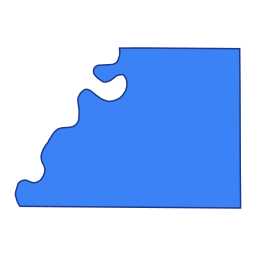 Buchanan, Missouri, United States of America
{"feature_id": "52423323B327676514277", "entity_name": "Buchanan", "entity_type": "district", "adm_level": 2, "iso_a3": "USA", "parent_name": "United States of America", "parent_adm1": "Missouri", "projection": "natural_earth1", "projection_center": [-94.95, 39.676], "detail": "fine", "context": "isolated", "style": "filled", "palette": "blue", "viewbox_px": 256, "rotation_deg": 0, "n_neighbors": 0, "source": "geoboundaries", "source_scale": "gbopen_adm2", "svg_char_len": 1296}
<svg xmlns="http://www.w3.org/2000/svg" viewBox="0 0 256 256"><path d="M239.7,48.7L143.5,48.0L119.5,48.1L119.5,48.3L119.8,52.3L119.6,55.8L117.6,61.1L116.2,62.8L113.5,64.2L112.3,64.5L98.0,65.3L96.2,66.1L94.9,67.2L93.8,68.9L93.5,71.2L93.7,73.0L94.2,74.1L96.2,76.6L97.7,78.1L101.9,81.1L103.8,82.0L106.5,81.9L109.6,80.9L111.3,79.9L111.8,79.5L111.9,79.4L112.0,79.3L116.3,76.0L117.4,75.4L121.9,74.5L122.6,74.5L123.7,75.2L124.5,76.1L125.4,77.6L126.5,79.9L127.1,85.1L126.6,87.4L125.5,91.0L122.4,95.6L119.9,97.9L116.2,99.9L112.9,100.9L109.5,101.4L108.1,101.3L104.8,100.4L101.2,98.8L96.1,95.2L92.0,91.8L89.6,90.2L87.8,89.5L86.1,89.3L84.9,89.5L82.8,90.9L80.5,93.1L78.3,97.0L78.0,98.5L78.0,101.9L79.2,110.6L78.9,118.5L78.5,120.6L77.9,122.1L75.7,124.9L73.4,126.4L72.3,126.8L68.1,127.5L64.7,127.6L61.3,128.0L58.6,128.8L57.2,129.5L54.5,132.0L53.2,133.6L48.8,140.5L48.1,142.3L45.7,145.2L43.5,148.8L41.8,152.9L41.2,155.9L41.1,157.7L41.8,161.2L42.0,161.9L44.2,166.2L44.9,168.7L44.9,169.9L44.6,172.3L43.6,175.4L41.2,179.3L40.3,180.3L39.1,181.1L36.9,182.2L34.8,182.7L33.6,182.8L31.6,182.4L25.9,180.1L23.2,180.3L21.7,180.8L19.9,181.8L18.5,183.2L18.0,184.0L15.6,192.1L15.4,195.0L17.2,201.4L18.4,203.9L20.0,206.3L240.6,208.0L240.2,160.4L240.0,88.7L239.7,48.7Z" fill="#3b82f6" stroke="#1e3a8a" stroke-width="1.5"/></svg>